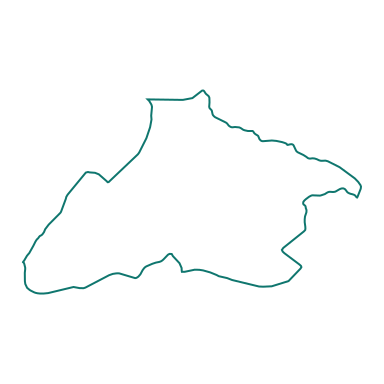 the border of Tandjilé
{"feature_id": "TCD-1487", "entity_name": "Tandjilé", "entity_type": "Prefecture", "adm_level": 1, "iso_a3": "TCD", "parent_name": "Chad", "parent_adm1": "", "projection": "albers", "projection_center": [16.631, 9.621], "detail": "fine", "context": "isolated", "style": "outline", "palette": "teal", "viewbox_px": 384, "rotation_deg": 0, "n_neighbors": 0, "source": "natural_earth", "source_scale": "10m", "svg_char_len": 3168}
<svg xmlns="http://www.w3.org/2000/svg" viewBox="0 0 384 384"><path d="M181.9,271.8L181.7,270.4L181.6,268.0L179.5,263.2L172.9,256.1L171.7,254.0L169.5,253.9L168.0,254.7L163.4,259.5L162.1,260.6L161.0,261.3L159.4,261.9L155.9,262.6L152.3,263.8L146.3,266.4L145.1,267.2L144.0,268.3L142.6,270.2L140.4,274.3L138.4,276.6L137.1,277.5L136.0,278.0L135.1,278.1L119.3,273.4L117.9,273.3L116.1,273.4L112.8,273.9L109.1,275.2L85.4,287.6L83.5,288.2L79.6,288.1L73.5,287.0L48.1,293.1L44.0,293.5L39.7,293.5L37.7,293.3L35.8,292.9L34.3,292.4L31.1,290.8L29.7,290.0L27.1,287.8L25.3,284.0L24.9,281.2L24.8,272.8L25.2,269.1L25.2,267.7L24.3,264.0L24.0,263.2L23.7,262.6L23.2,262.4L23.0,262.2L23.1,261.9L24.2,260.5L26.9,255.9L28.1,254.4L29.2,253.2L33.3,245.9L33.6,245.3L35.5,241.5L36.8,239.5L38.1,238.3L39.3,236.6L39.9,236.0L41.6,235.1L42.6,234.1L44.0,232.1L45.2,229.2L48.7,224.6L60.3,212.9L60.8,212.2L61.1,211.6L65.8,198.9L66.3,196.9L67.6,194.7L85.8,172.6L88.0,172.0L89.6,172.4L95.0,172.8L98.8,174.3L106.7,181.2L107.6,182.2L108.6,182.1L137.9,154.3L139.2,152.5L146.4,138.2L150.1,127.2L151.5,119.5L151.2,115.7L152.0,106.9L151.6,105.2L151.3,104.4L149.2,100.9L147.7,99.4L182.8,99.9L192.4,98.1L202.1,90.6L203.1,90.5L203.8,90.8L204.3,91.4L204.7,92.0L205.1,92.7L205.6,93.4L206.1,94.0L207.9,95.5L208.5,96.0L208.9,96.7L209.3,97.5L209.4,98.4L209.5,102.5L209.2,106.7L209.4,107.6L209.7,108.3L211.4,110.0L211.8,110.7L212.6,114.3L212.9,115.0L213.4,115.6L213.9,116.2L215.1,117.2L225.8,122.5L226.8,123.2L227.5,124.0L228.1,124.8L228.8,125.7L230.4,126.8L231.5,127.2L232.5,127.3L235.0,127.0L239.2,127.4L240.6,128.0L243.3,129.8L244.7,130.3L247.9,131.0L252.6,131.0L253.1,131.4L253.5,131.9L254.3,133.2L255.5,134.2L257.6,135.5L258.2,136.0L259.4,139.0L260.6,140.4L261.7,141.0L262.8,141.2L270.8,140.6L271.7,140.5L276.3,140.9L282.1,142.1L284.9,143.0L286.6,143.8L286.9,144.5L287.6,144.9L288.3,144.8L290.2,144.3L291.5,144.2L292.4,144.4L293.1,144.8L293.6,145.4L295.7,149.9L296.1,150.6L296.5,151.3L297.8,152.3L303.4,155.0L306.4,156.9L307.9,158.1L309.1,158.5L310.1,158.6L312.5,158.3L314.6,158.5L316.8,159.2L319.1,160.3L320.5,160.7L321.7,160.8L324.1,160.7L325.8,160.7L326.9,161.0L327.9,161.3L339.6,167.2L354.8,178.4L358.2,181.9L360.5,185.2L361.0,186.7L360.7,188.8L357.6,196.7L357.1,197.5L356.6,197.3L355.2,195.6L354.6,195.1L353.8,194.7L352.2,194.2L350.9,193.9L349.4,193.4L347.9,192.6L347.3,192.1L346.8,191.5L345.9,190.2L345.4,189.7L344.9,189.1L344.1,188.7L343.3,188.4L342.3,188.4L341.4,188.5L339.8,189.1L335.8,191.4L335.4,191.6L334.7,191.8L333.0,192.0L330.0,191.8L329.0,191.9L328.0,192.2L327.0,192.7L324.8,194.1L320.6,195.5L319.6,195.6L312.2,195.3L310.8,195.8L309.0,196.8L305.7,199.3L304.3,200.6L303.4,201.8L303.2,202.7L303.2,203.6L303.5,204.4L304.8,205.4L305.3,205.9L305.6,206.7L305.9,208.6L306.3,209.3L306.5,210.5L306.4,212.3L305.0,216.5L304.7,219.4L304.7,222.2L305.3,226.6L305.4,228.6L305.2,230.0L303.9,231.4L283.3,247.9L281.9,249.9L282.7,251.6L284.4,253.2L299.3,264.4L300.9,265.8L301.4,267.1L300.5,268.6L288.5,281.1L271.7,286.3L263.1,286.7L259.0,286.5L232.1,280.0L227.2,278.1L218.8,276.2L216.6,275.0L210.2,272.4L203.1,270.4L199.2,269.8L194.7,269.7L184.7,271.8L181.9,271.8Z" fill="none" stroke="#0f766e" stroke-width="2"/></svg>